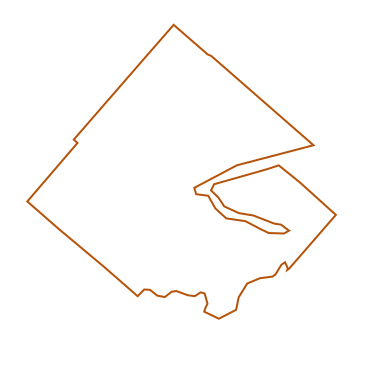 Mason, Washington, United States of America, rotated 41°
{"feature_id": "52423323B30851290743950", "entity_name": "Mason", "entity_type": "district", "adm_level": 2, "iso_a3": "USA", "parent_name": "United States of America", "parent_adm1": "Washington", "projection": "robinson", "projection_center": [-123.026, 47.345], "detail": "fine", "context": "isolated", "style": "outline", "palette": "amber", "viewbox_px": 384, "rotation_deg": 41, "n_neighbors": 0, "source": "geoboundaries", "source_scale": "gbopen_adm2", "svg_char_len": 899}
<svg xmlns="http://www.w3.org/2000/svg" viewBox="0 0 384 384"><g transform="rotate(41 192 192)"><path d="M253.0,77.0L117.1,76.7L113.6,77.9L68.5,77.9L68.4,116.1L68.4,230.0L73.4,230.1L73.9,307.2L116.1,307.3L174.8,306.2L219.4,306.3L219.5,303.6L219.9,296.9L224.5,293.4L233.8,293.0L240.4,289.1L242.1,280.6L245.0,277.1L256.7,272.6L262.4,268.8L264.4,262.0L268.2,260.3L277.0,266.2L278.3,271.1L279.7,274.3L295.4,270.0L302.6,252.0L296.3,240.8L293.7,224.8L299.9,212.4L308.2,203.1L309.1,199.5L307.2,188.3L308.3,184.0L314.4,186.8L315.0,188.3L315.6,185.9L315.6,166.2L315.6,114.9L266.9,114.0L240.0,115.0L233.9,125.2L203.6,171.6L205.3,178.3L215.7,178.9L225.8,181.7L241.2,177.2L253.7,169.5L275.0,161.8L280.5,158.3L290.6,157.5L288.6,163.0L276.9,172.6L267.3,175.2L251.4,179.0L235.2,189.4L220.5,189.1L206.7,184.2L196.6,190.9L191.0,187.3L208.4,142.3L253.0,77.0Z" fill="none" stroke="#b45309" stroke-width="2"/></g></svg>